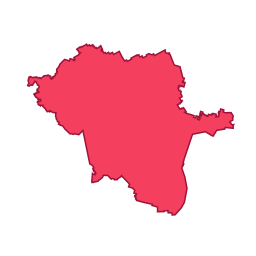 the district of Northern Midlands, Tasmania, Australia, rotated 6°
{"feature_id": "25037944B94548184912338", "entity_name": "Northern Midlands", "entity_type": "district", "adm_level": 2, "iso_a3": "AUS", "parent_name": "Australia", "parent_adm1": "Tasmania", "projection": "albers", "projection_center": [147.154, -41.88], "detail": "fine", "context": "isolated", "style": "filled", "palette": "rose", "viewbox_px": 256, "rotation_deg": 6, "n_neighbors": 0, "source": "geoboundaries", "source_scale": "gbopen_adm2", "svg_char_len": 5616}
<svg xmlns="http://www.w3.org/2000/svg" viewBox="0 0 256 256"><g transform="rotate(6 128 128)"><path d="M157.3,46.1L146.8,53.2L145.7,51.6L144.2,52.7L140.8,51.9L138.7,53.4L138.9,53.7L138.7,54.6L135.7,56.6L134.5,54.8L132.6,56.2L131.4,54.8L131.1,54.0L129.9,54.8L129.7,54.5L128.8,55.1L128.7,54.8L123.7,58.2L124.3,59.1L120.4,61.8L119.5,60.5L117.6,61.7L114.5,57.7L111.3,52.7L106.1,56.3L104.6,54.4L102.0,56.3L100.8,54.7L98.5,56.4L97.3,55.2L96.3,56.0L94.5,53.6L93.6,54.3L93.2,53.3L94.4,52.5L93.9,51.7L93.6,51.9L93.0,50.1L92.6,49.9L92.6,49.4L92.3,49.0L90.0,51.3L88.6,52.3L87.9,51.3L87.1,51.9L85.8,50.2L85.0,50.7L84.6,50.0L84.6,49.3L84.2,48.8L81.9,50.5L80.9,49.3L79.2,50.5L78.1,49.0L74.0,52.0L73.7,51.7L72.7,52.9L71.9,52.3L68.8,55.0L69.3,55.6L70.3,56.2L71.3,57.8L72.8,58.0L72.0,59.3L72.4,58.8L72.2,59.1L71.3,59.8L71.4,60.3L66.8,63.6L68.3,65.8L67.0,66.7L66.3,65.6L63.2,65.1L62.8,67.4L57.9,66.4L56.8,67.6L53.5,71.8L53.2,73.5L52.7,73.9L52.7,74.4L52.2,75.3L51.0,76.9L51.0,77.5L51.4,78.3L51.0,78.8L51.4,79.5L51.8,79.5L51.9,79.9L51.5,80.4L51.6,80.7L51.3,80.7L50.1,81.6L50.4,82.1L50.2,83.1L49.9,83.2L50.0,83.8L49.6,83.9L49.5,84.3L48.9,84.3L48.7,85.4L48.4,85.1L48.0,85.7L47.3,85.2L47.4,86.7L47.1,87.3L46.6,87.4L46.3,86.5L45.8,86.5L45.9,86.2L45.5,85.7L45.0,84.3L44.8,84.2L44.5,84.5L43.9,84.1L43.2,84.2L43.1,83.9L42.6,84.2L42.5,83.9L41.5,84.5L40.0,84.5L39.0,85.3L38.8,85.1L36.3,87.9L35.8,87.4L34.8,87.1L34.4,87.7L33.6,87.6L32.8,87.2L32.3,87.3L31.9,86.8L31.2,87.2L30.8,87.0L29.6,87.3L29.4,87.6L29.0,87.4L27.7,88.0L26.9,87.5L26.3,87.7L25.8,87.1L25.1,87.6L24.6,87.5L24.4,88.2L24.2,88.1L23.8,90.2L24.1,90.5L23.7,91.2L24.8,93.8L24.4,94.4L23.8,96.2L23.3,96.6L24.2,96.2L25.2,96.7L25.6,96.5L26.4,95.6L27.3,95.3L28.0,95.6L28.7,95.3L28.8,95.0L28.5,94.9L28.6,94.6L30.1,92.7L30.5,91.2L31.5,91.6L31.4,91.7L31.8,91.9L32.9,93.7L33.6,94.2L33.6,94.8L34.4,94.8L35.3,95.6L35.1,97.2L34.4,98.0L34.2,99.6L33.8,99.7L33.5,99.4L33.4,99.7L33.7,100.1L33.7,100.5L34.4,101.1L34.8,101.0L35.0,101.5L35.2,101.4L35.4,101.7L35.7,101.7L35.6,102.1L35.0,102.0L34.6,102.3L34.3,101.8L33.2,102.3L33.0,102.5L33.1,102.8L32.6,103.1L32.5,103.7L31.8,104.0L30.8,103.3L31.3,104.3L31.1,104.6L31.6,104.8L32.2,106.0L32.7,106.1L33.2,107.1L33.9,107.2L34.6,107.8L35.2,107.8L35.3,108.8L36.0,109.2L37.5,108.4L38.1,109.1L38.2,109.6L38.5,109.7L38.5,110.0L37.9,110.0L37.5,110.8L36.3,110.4L35.5,110.8L35.2,111.3L35.1,111.8L35.6,112.0L36.1,112.9L36.2,113.4L36.4,113.4L36.3,114.0L37.5,114.7L38.4,114.6L38.7,115.0L38.9,114.4L40.3,114.5L40.6,114.9L41.1,114.6L41.0,115.1L41.3,115.4L41.3,115.7L42.2,116.1L42.6,116.8L43.6,117.1L44.2,118.3L44.6,118.8L45.1,118.9L45.8,120.2L46.7,120.1L47.7,119.4L48.0,119.4L48.4,119.9L48.5,119.6L48.3,119.3L48.7,118.8L49.6,119.7L50.4,119.8L51.4,120.4L53.8,120.5L54.7,120.2L54.9,120.5L54.6,121.7L54.8,124.0L55.6,125.5L55.6,126.4L56.8,127.6L57.1,129.0L58.8,129.3L58.5,131.5L60.3,131.8L60.3,132.3L62.8,132.7L65.4,135.6L70.9,139.9L72.7,139.7L74.2,140.0L75.6,139.3L79.8,139.8L83.4,135.2L93.8,167.8L96.5,168.9L98.2,171.2L97.3,171.8L98.2,173.0L97.7,173.3L98.5,174.7L99.2,174.2L100.8,176.4L100.1,176.9L100.6,177.5L99.7,177.0L99.8,177.7L99.3,177.3L98.3,177.8L97.4,177.0L97.6,185.5L97.8,185.9L98.6,185.7L99.0,185.9L100.3,185.1L101.3,185.0L103.8,184.0L104.5,183.1L105.8,181.9L106.4,181.0L106.6,181.1L107.8,179.8L108.2,178.8L108.0,178.1L108.2,177.9L109.2,177.4L110.0,177.6L112.8,177.3L116.2,180.2L116.7,180.2L116.8,180.5L117.7,179.9L119.2,180.0L119.7,180.2L119.7,180.8L120.2,180.9L122.8,180.5L122.9,179.7L123.3,179.3L126.1,177.1L126.5,176.1L135.6,183.8L135.1,184.5L134.7,186.5L138.6,187.2L141.2,189.2L140.7,192.1L143.3,192.6L143.1,193.7L142.7,193.6L142.5,194.3L141.7,194.5L141.8,195.1L142.0,195.7L142.9,195.9L142.7,196.2L143.2,197.0L143.0,197.7L143.5,197.8L143.6,198.4L144.5,198.9L144.4,199.2L151.9,200.4L160.2,201.3L160.0,202.5L164.8,203.3L165.7,203.9L166.1,208.2L172.5,207.4L172.4,206.7L176.4,206.0L176.7,208.1L180.7,207.9L181.0,209.9L183.9,209.4L189.4,201.8L191.8,196.2L193.0,181.9L189.6,170.7L185.7,162.3L186.2,159.6L186.7,159.7L187.2,157.8L186.4,157.4L186.9,154.8L186.7,154.7L192.8,127.5L205.4,123.6L212.4,126.9L213.6,127.1L216.4,121.1L224.4,118.9L224.7,117.3L232.6,117.3L232.4,115.2L232.4,114.2L232.7,113.6L231.4,113.9L230.8,113.6L229.4,112.0L228.5,111.7L228.8,111.0L231.4,109.2L231.0,106.6L231.3,106.4L231.4,105.1L228.9,101.9L222.9,102.7L221.1,102.1L221.4,100.0L218.2,99.4L217.7,102.3L216.6,102.1L216.3,103.2L216.7,103.3L216.5,104.6L217.2,104.7L216.7,107.3L215.6,107.1L214.3,107.7L214.6,106.2L214.2,105.9L214.2,105.1L213.8,105.0L210.9,104.6L210.7,105.7L209.5,105.4L209.3,106.6L206.6,106.0L206.2,108.1L205.1,107.9L205.2,107.5L204.3,107.4L204.3,107.1L201.6,106.6L201.7,105.8L200.6,105.6L200.8,104.4L198.5,103.9L198.1,106.2L199.9,106.5L199.5,108.4L198.8,108.2L199.0,107.4L198.2,107.3L197.7,110.4L198.7,110.6L198.3,112.5L196.2,112.1L196.7,109.2L194.5,108.8L194.1,110.9L192.1,110.5L192.4,108.8L184.1,107.2L184.2,106.7L182.9,106.4L184.0,105.6L181.1,102.0L179.4,103.2L179.1,102.8L177.6,103.8L174.6,99.8L177.1,98.4L176.8,98.0L178.4,97.0L177.9,96.4L179.3,95.3L179.2,95.0L178.5,95.2L177.4,94.6L176.1,92.9L178.4,91.4L178.4,90.8L177.5,89.0L176.7,88.5L176.8,87.6L177.1,86.9L177.0,86.0L175.8,85.6L175.7,85.3L175.4,85.6L174.8,85.2L174.6,84.9L174.2,84.3L174.3,84.0L174.1,83.9L174.2,83.1L173.9,83.1L174.0,82.8L173.8,82.6L174.2,82.4L174.0,82.0L174.3,81.8L174.3,81.4L174.7,81.4L174.5,81.2L174.8,80.7L174.4,80.6L174.9,80.2L177.1,80.6L177.0,81.0L179.3,81.3L180.0,76.7L178.1,76.7L178.1,77.1L177.4,77.0L177.6,75.6L178.2,75.7L178.8,72.6L177.3,72.3L173.3,61.6L167.3,60.5L162.2,50.5L161.0,50.2L161.2,49.1L158.2,49.6L156.5,47.4L157.3,46.1Z" fill="#f43f5e" stroke="#9f1239" stroke-width="1.5"/></g></svg>